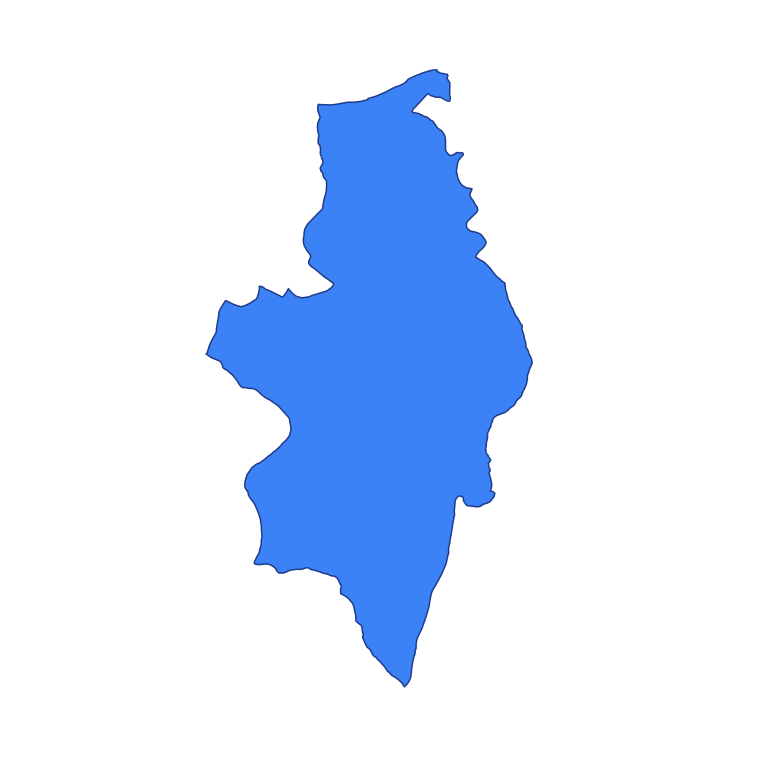 the district of Kerkebet, Anseba, Eritrea, rotated 243°
{"feature_id": "51966322B98400180511849", "entity_name": "Kerkebet", "entity_type": "district", "adm_level": 2, "iso_a3": "ERI", "parent_name": "Eritrea", "parent_adm1": "Anseba", "projection": "robinson", "projection_center": [37.597, 16.113], "detail": "fine", "context": "isolated", "style": "filled", "palette": "blue", "viewbox_px": 768, "rotation_deg": 243, "n_neighbors": 0, "source": "geoboundaries", "source_scale": "gbopen_adm2", "svg_char_len": 6171}
<svg xmlns="http://www.w3.org/2000/svg" viewBox="0 0 768 768"><g transform="rotate(243 384 384)"><path d="M491.4,239.2L485.9,242.1L478.6,248.4L475.4,248.6L471.5,248.0L470.1,248.5L468.0,250.1L460.2,253.3L453.5,254.6L448.8,254.9L446.8,255.4L445.4,256.1L445.0,256.7L442.9,259.9L441.5,261.5L439.8,264.5L438.7,265.9L436.2,267.8L429.0,270.5L424.7,272.7L421.5,275.1L412.1,280.0L397.4,283.9L396.1,284.0L393.1,282.9L387.8,281.5L384.5,279.7L380.5,275.7L378.3,270.9L377.1,266.2L375.8,263.8L374.0,257.4L373.5,254.3L372.5,250.8L372.2,247.7L371.7,246.3L371.0,243.2L370.2,238.1L370.5,233.5L369.4,228.4L365.5,221.0L361.0,216.6L359.2,215.2L356.0,213.5L354.9,213.1L349.3,213.7L346.7,212.8L343.0,213.0L336.0,214.2L333.2,214.1L325.7,213.5L319.3,212.4L316.3,211.2L313.3,210.4L311.1,209.2L303.7,206.2L300.0,203.4L297.2,202.1L289.7,195.5L288.5,193.3L284.1,187.5L282.9,187.0L282.0,187.4L279.8,190.5L277.4,196.9L274.9,200.4L269.9,203.4L266.0,203.7L263.5,204.4L263.1,204.9L262.1,207.2L261.4,208.1L260.9,211.3L260.8,214.7L260.2,217.3L258.7,221.7L256.6,225.8L256.2,227.0L255.7,230.6L255.0,232.6L254.3,233.3L251.8,234.7L251.6,235.2L248.7,238.5L245.7,241.6L243.7,243.2L239.9,247.7L237.5,249.4L235.1,252.7L232.5,254.1L230.7,254.4L225.3,254.1L224.6,254.5L222.5,253.8L221.0,252.2L216.8,250.2L213.5,252.7L209.2,254.9L203.7,256.2L200.9,256.3L198.0,255.8L195.6,254.9L191.0,253.9L187.6,252.4L186.2,251.5L184.6,251.6L179.5,253.9L178.1,254.2L172.6,252.1L170.3,252.1L169.0,250.5L167.1,249.7L165.5,249.8L162.7,249.5L157.2,249.5L153.9,251.0L147.8,251.0L144.8,252.1L143.6,253.2L141.8,253.1L138.7,254.3L131.9,256.1L126.2,256.8L125.4,257.2L124.9,257.9L123.7,257.8L120.4,258.8L118.5,260.3L114.8,262.3L109.3,264.3L105.1,264.6L105.5,266.8L106.8,269.7L108.1,271.9L110.2,274.3L113.4,276.7L118.7,280.0L124.3,284.1L125.8,285.6L127.0,286.3L129.0,288.6L130.6,289.9L131.5,290.2L134.0,292.6L138.5,295.0L141.6,297.5L144.5,300.9L148.6,306.4L157.3,315.6L165.7,323.4L169.9,326.3L175.9,331.1L177.5,332.8L178.9,334.7L181.3,338.7L188.1,348.6L194.7,356.6L197.1,358.9L202.3,363.1L203.6,364.6L208.5,367.0L212.8,370.7L214.3,371.4L218.6,374.9L229.2,382.5L235.5,387.6L238.3,388.6L247.8,394.5L249.3,396.6L250.2,398.9L250.2,400.1L249.2,401.4L247.6,402.8L245.9,402.7L243.8,401.8L239.5,402.3L237.8,403.0L232.2,411.4L231.3,413.9L231.3,415.0L231.7,416.6L231.6,418.7L231.0,422.3L231.1,424.9L231.7,426.8L233.6,430.9L236.2,433.1L236.5,433.1L238.5,432.2L240.7,430.3L242.7,432.5L245.4,434.3L252.4,436.4L254.3,436.4L257.9,437.8L258.3,439.0L259.1,439.5L259.7,439.7L262.1,439.7L265.8,441.0L267.7,444.5L268.8,444.6L271.9,443.9L273.1,444.3L275.4,443.7L277.3,444.1L280.0,445.2L282.7,447.2L284.1,447.8L289.4,452.0L292.7,453.7L293.4,454.3L296.8,458.6L297.3,459.6L299.8,461.4L301.2,463.4L302.9,464.7L304.0,466.3L304.5,468.0L304.7,470.3L303.8,479.0L304.2,482.5L305.2,484.8L305.8,489.0L306.3,490.6L307.6,492.8L308.9,494.4L309.8,497.2L310.1,498.7L311.0,500.9L314.6,504.7L315.8,506.7L319.3,510.9L323.5,514.2L326.0,515.3L331.5,520.9L334.3,524.4L335.6,525.6L338.9,526.7L340.4,526.9L345.4,526.9L348.8,527.6L353.1,527.3L354.8,528.4L357.1,529.2L359.8,529.5L364.0,530.7L369.9,531.7L373.4,533.7L374.3,533.6L375.4,533.1L382.1,533.0L384.6,532.4L389.6,532.5L392.2,532.9L395.5,532.5L397.9,532.9L404.2,533.1L406.1,533.9L413.1,535.2L419.0,537.5L423.2,535.3L424.2,535.2L428.7,533.2L431.1,532.5L438.6,531.2L446.0,529.0L448.0,528.0L452.1,525.2L455.7,523.4L456.8,524.6L458.9,528.9L460.0,533.1L461.3,536.3L463.1,538.7L464.2,539.4L466.4,539.6L469.3,539.0L471.1,538.9L474.4,537.6L477.9,534.4L480.1,531.5L481.5,530.2L483.7,529.2L485.3,528.9L486.9,529.0L489.5,530.3L490.9,531.8L494.7,543.7L495.4,545.2L496.5,546.6L499.4,547.3L502.4,546.7L505.5,546.8L511.2,546.0L513.1,546.1L514.5,547.1L517.3,550.5L518.1,550.9L521.1,546.7L524.5,544.3L528.1,543.2L533.9,543.2L537.7,544.4L540.5,544.9L547.1,549.7L548.4,550.8L549.5,552.3L551.3,556.0L551.8,558.0L552.7,558.9L553.5,559.2L554.7,558.6L555.4,556.4L556.5,555.2L557.2,553.8L556.7,549.8L556.8,548.6L557.7,546.6L558.8,545.8L562.5,545.0L564.8,545.2L573.5,549.6L577.2,550.8L580.0,550.9L583.6,550.2L587.5,548.0L595.8,546.9L596.8,546.3L597.8,545.3L599.1,545.0L602.6,543.3L603.7,541.9L605.0,540.7L606.4,540.0L609.5,537.4L612.4,533.5L613.2,533.0L614.1,532.8L614.6,533.3L616.0,535.4L616.6,537.9L617.6,540.0L618.3,542.4L621.9,551.9L622.6,554.6L622.1,555.4L619.6,556.7L617.1,559.4L616.4,559.9L615.2,561.8L613.9,564.5L611.6,565.9L611.1,566.5L609.3,567.4L606.8,569.6L606.3,571.0L607.0,571.8L609.4,573.2L611.1,573.4L621.8,579.1L622.8,579.4L625.8,579.1L627.1,578.5L629.8,580.9L631.1,581.0L635.9,574.8L637.1,574.4L638.0,573.3L639.0,573.4L639.8,573.8L640.7,572.1L642.0,568.4L643.6,559.9L644.3,551.9L644.6,544.0L643.4,541.0L642.7,538.1L642.8,533.2L643.6,528.0L643.4,518.0L643.6,514.4L644.1,507.5L645.6,499.3L644.7,498.9L646.0,492.7L647.8,487.5L649.2,484.0L650.8,481.1L651.8,478.8L654.1,471.0L656.5,463.9L659.0,459.2L662.9,452.4L661.9,451.3L657.7,449.1L650.9,448.2L649.6,447.2L648.9,446.1L646.7,443.7L643.1,441.2L641.3,440.8L639.7,439.8L635.2,438.9L631.4,436.1L628.0,434.6L625.2,435.1L622.2,434.1L618.2,431.8L617.0,431.5L614.8,431.6L613.7,430.9L610.9,431.0L610.1,430.7L608.9,429.9L607.4,428.3L605.8,425.7L604.7,424.9L602.2,424.5L599.9,425.1L595.7,424.0L592.0,424.9L590.3,424.6L587.0,423.1L583.3,420.9L580.5,418.9L575.9,414.6L572.9,412.2L568.2,409.0L567.8,408.4L566.6,404.4L561.4,389.2L560.2,387.0L557.6,383.4L554.3,381.0L552.4,380.1L550.2,378.2L547.0,376.6L544.2,375.8L543.1,375.7L537.0,376.0L533.7,376.8L531.7,376.8L530.5,376.2L527.6,372.8L526.3,371.9L524.6,371.7L521.3,372.7L518.3,374.5L506.3,379.5L503.2,381.4L498.9,383.4L497.6,384.2L496.2,384.6L495.5,384.4L494.3,382.3L493.5,379.7L492.9,375.1L495.5,360.1L495.9,356.1L498.0,350.1L501.0,346.6L502.9,345.1L506.9,343.4L512.2,342.1L512.0,341.4L510.4,339.4L507.6,333.9L507.7,332.8L518.2,325.1L521.8,321.9L523.0,321.1L524.7,320.5L526.2,319.3L527.5,317.8L527.2,317.0L526.5,316.9L524.6,315.7L521.3,312.9L519.1,310.8L517.7,308.9L516.8,300.9L517.0,295.6L517.5,292.4L518.5,290.9L521.8,287.4L525.1,284.6L527.5,283.1L529.4,281.4L530.0,280.9L530.1,280.3L525.4,272.6L523.0,269.6L520.5,268.1L510.3,260.5L506.2,257.9L500.3,249.3L497.5,245.9L492.3,240.8L491.4,239.2Z" fill="#3b82f6" stroke="#1e3a8a" stroke-width="1.5"/></g></svg>